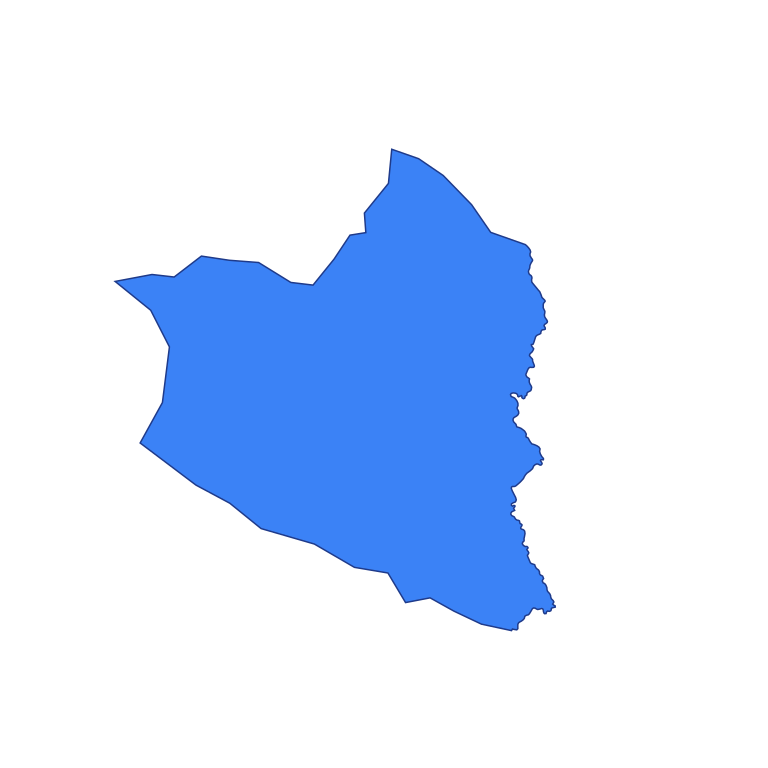 the district of Asokwa Municipal, Ashanti, Ghana, rotated 309°
{"feature_id": "2480657B91188187265148", "entity_name": "Asokwa Municipal", "entity_type": "district", "adm_level": 2, "iso_a3": "GHA", "parent_name": "Ghana", "parent_adm1": "Ashanti", "projection": "robinson", "projection_center": [-1.578, 6.646], "detail": "fine", "context": "isolated", "style": "filled", "palette": "blue", "viewbox_px": 768, "rotation_deg": 309, "n_neighbors": 0, "source": "geoboundaries", "source_scale": "gbopen_adm2", "svg_char_len": 4863}
<svg xmlns="http://www.w3.org/2000/svg" viewBox="0 0 768 768"><g transform="rotate(309 384 384)"><path d="M581.3,406.2L569.0,371.5L578.5,339.2L583.3,298.8L580.9,269.2L571.3,242.3L542.7,261.2L504.5,261.2L490.2,274.6L478.3,263.9L449.6,266.6L416.2,266.6L404.3,247.7L399.5,210.1L382.8,185.9L368.5,161.6L335.1,153.6L323.1,134.8L294.5,110.5L294.5,156.3L277.8,193.9L230.1,223.5L184.7,231.6L187.1,301.5L194.3,339.2L194.3,379.5L215.8,430.6L222.9,476.4L239.6,506.0L227.7,538.3L246.8,554.4L251.5,581.3L258.7,610.9L272.6,638.3L274.4,638.0L275.1,639.5L275.8,640.7L276.5,641.9L278.1,642.0L280.0,640.4L281.4,639.3L282.8,638.9L284.1,639.1L286.2,640.0L287.4,640.3L288.7,640.6L290.3,640.5L291.3,640.0L292.1,639.6L293.9,640.2L295.4,641.4L296.9,641.6L299.9,641.2L302.9,640.7L304.2,641.3L304.9,642.6L305.1,644.1L305.5,645.4L307.5,647.0L308.2,647.4L308.8,647.9L309.1,648.9L308.6,650.0L307.4,651.2L306.6,652.5L306.6,653.5L307.1,653.9L307.6,654.4L309.3,653.7L310.5,654.0L311.4,655.6L312.6,656.3L313.8,656.1L314.7,655.4L315.7,655.5L318.4,657.5L319.3,656.6L319.0,655.2L319.1,653.6L320.3,653.4L321.5,653.2L322.1,651.8L322.4,649.2L323.4,647.6L324.4,646.6L325.3,644.8L325.8,641.6L326.6,640.3L327.4,639.5L328.2,638.8L329.3,636.9L329.8,635.7L330.0,634.3L329.6,632.9L330.5,631.0L331.8,630.5L333.2,630.5L334.5,628.3L334.4,627.0L334.0,625.9L334.4,624.5L334.9,623.7L335.7,623.3L336.4,622.0L336.7,621.0L336.6,619.4L336.8,617.7L337.5,616.2L338.4,614.8L337.2,611.5L337.2,610.2L337.9,608.9L340.4,604.2L341.2,603.2L342.8,603.1L343.9,602.8L344.5,601.6L344.9,600.0L345.3,599.1L346.3,599.1L347.3,599.1L347.7,598.2L347.7,597.3L346.5,595.9L346.3,593.9L346.9,592.0L347.7,591.6L348.5,591.3L349.1,591.6L350.1,591.6L350.9,591.1L351.8,590.2L352.8,589.7L353.8,589.2L356.5,587.7L358.2,585.9L358.5,584.4L358.3,583.4L357.8,582.3L357.7,581.3L358.3,580.7L359.1,580.5L360.8,580.3L361.5,579.7L361.5,578.6L361.2,577.7L361.5,577.1L361.9,576.6L362.9,575.3L362.7,574.4L361.9,572.9L361.8,571.4L362.2,570.1L362.7,569.0L362.5,567.7L362.1,566.2L362.5,564.7L363.4,563.9L364.2,563.8L365.0,563.7L366.8,564.5L368.0,565.1L369.0,562.9L371.1,562.9L371.7,562.5L371.5,561.4L370.0,560.8L369.9,560.1L369.9,559.4L371.0,558.5L373.1,559.2L374.9,560.3L376.3,560.1L377.3,559.6L378.7,557.6L380.1,554.4L381.6,551.1L382.3,549.8L383.1,548.5L384.2,548.0L385.2,548.3L385.8,549.1L386.6,550.0L387.6,550.5L388.4,550.7L391.1,551.2L392.9,551.5L394.8,551.7L398.2,551.9L400.2,551.4L402.4,551.1L404.7,551.2L408.7,552.3L411.7,552.7L414.5,551.9L415.4,552.1L416.4,552.2L418.1,553.1L418.7,554.2L419.2,556.4L420.0,557.1L420.8,557.2L421.6,557.0L422.3,555.9L422.8,553.9L423.6,553.6L424.5,554.2L425.3,555.5L426.1,555.2L426.5,554.6L426.9,552.3L428.1,549.4L428.8,548.4L429.5,547.4L431.8,546.1L432.5,544.0L432.4,543.3L432.3,541.9L431.6,539.3L431.1,538.0L430.5,536.6L431.0,534.3L431.7,532.4L432.5,530.6L432.8,529.4L432.2,528.2L432.8,527.1L433.6,526.7L434.6,526.1L435.2,524.8L435.6,523.8L435.9,522.8L435.9,521.2L435.8,518.6L435.3,516.7L434.5,514.8L434.3,514.0L435.3,512.6L435.7,512.0L436.2,508.5L437.1,507.0L438.3,506.3L439.5,506.1L440.9,506.6L441.7,506.9L442.5,507.2L444.3,507.5L446.1,507.1L447.4,505.8L448.1,504.4L448.5,503.2L449.2,502.5L450.0,502.2L451.6,501.7L453.3,500.2L454.4,498.2L455.0,496.2L455.3,494.3L454.8,492.3L454.3,490.7L455.3,489.0L456.7,488.8L458.3,489.9L459.5,491.8L459.9,493.1L459.7,494.5L458.6,495.9L458.7,496.6L460.0,497.3L461.4,498.0L461.3,498.8L460.2,499.7L460.1,500.5L460.3,501.6L461.3,502.2L462.1,502.1L463.3,501.3L464.2,501.7L465.3,501.9L466.8,500.9L468.1,500.9L469.1,501.3L470.3,501.9L471.3,502.2L472.4,501.9L474.4,500.8L475.1,499.6L475.9,497.4L476.8,495.8L478.1,494.6L479.5,493.9L479.6,492.8L479.4,490.8L480.0,489.1L480.8,488.2L481.7,487.9L486.1,486.6L487.9,486.5L489.0,487.1L489.8,488.3L491.2,489.8L492.4,489.7L493.1,489.0L494.4,486.7L495.4,485.0L496.4,484.2L496.8,483.5L497.4,479.7L497.9,478.9L498.6,478.7L499.4,478.5L502.3,478.9L504.6,478.5L505.6,478.1L506.1,476.0L506.5,474.6L507.4,473.7L508.0,474.3L508.6,474.8L510.3,474.4L516.2,472.1L517.5,472.1L518.6,472.4L520.6,473.5L521.9,474.0L522.8,473.4L524.0,472.9L524.9,472.7L526.0,473.2L527.0,474.2L528.0,474.8L528.8,474.3L529.4,473.5L529.6,472.5L530.1,471.6L531.3,471.3L532.8,471.8L534.5,472.1L535.5,471.6L536.1,470.5L536.5,469.2L536.8,468.0L537.4,466.5L538.7,465.1L540.1,464.4L541.2,463.7L541.8,463.2L542.6,461.4L543.5,459.7L544.8,458.7L545.7,457.9L547.1,457.2L548.3,457.2L549.6,457.2L550.2,456.5L550.4,455.0L550.5,453.7L550.7,452.2L552.3,449.7L553.8,446.8L554.0,445.2L555.9,436.0L556.2,434.8L557.1,433.8L558.2,432.9L559.5,432.3L560.4,431.2L560.8,430.1L560.7,428.4L561.0,427.2L561.6,426.3L562.4,425.4L563.7,424.8L565.2,424.5L566.4,423.9L567.6,423.0L569.0,422.5L570.8,422.1L573.3,421.8L573.9,421.4L574.4,420.3L574.6,419.3L575.1,418.0L575.5,416.9L577.0,415.5L578.9,414.9L579.5,414.1L580.1,413.2L580.8,410.8L581.2,408.3L581.3,406.2Z" fill="#3b82f6" stroke="#1e3a8a" stroke-width="1.5"/></g></svg>